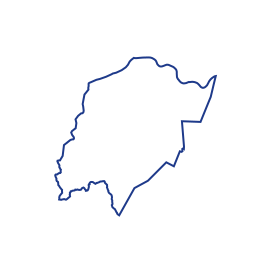 the district of Parnaguá, Piauí, Brazil, rotated 226°
{"feature_id": "56859067B27111272234018", "entity_name": "Parnaguá", "entity_type": "district", "adm_level": 2, "iso_a3": "BRA", "parent_name": "Brazil", "parent_adm1": "Piauí", "projection": "mercator", "projection_center": [-44.561, -10.311], "detail": "fine", "context": "isolated", "style": "outline", "palette": "blue", "viewbox_px": 256, "rotation_deg": 226, "n_neighbors": 0, "source": "geoboundaries", "source_scale": "gbopen_adm2", "svg_char_len": 3228}
<svg xmlns="http://www.w3.org/2000/svg" viewBox="0 0 256 256"><g transform="rotate(226 128 128)"><path d="M74.2,153.7L75.2,154.8L75.9,155.5L95.4,171.5L82.0,184.4L89.7,201.8L92.9,209.1L100.0,220.2L104.4,227.2L104.8,226.6L105.2,225.5L105.6,222.8L105.6,221.0L105.2,218.6L104.8,217.6L103.8,214.5L103.8,212.3L104.0,211.2L104.8,209.8L105.9,209.2L107.0,208.9L109.2,209.1L111.1,209.1L112.5,208.9L113.1,208.6L114.2,208.1L115.0,207.6L116.2,206.7L117.2,205.6L118.2,204.2L118.8,203.8L119.1,203.1L120.0,200.9L121.3,199.1L122.3,198.4L123.8,197.8L124.8,197.7L126.0,197.7L127.5,197.9L128.4,197.9L129.6,198.2L130.6,198.6L133.3,200.9L134.2,201.8L134.8,202.3L135.9,202.9L136.7,203.2L137.6,203.2L138.6,203.2L139.8,203.1L140.7,202.9L145.1,201.1L145.8,200.6L146.7,199.7L147.3,198.4L147.9,196.9L148.7,195.2L149.7,194.1L150.3,193.7L151.3,193.4L153.4,193.4L156.4,194.6L157.4,194.8L158.9,194.7L161.4,194.0L162.9,193.2L164.3,192.0L167.7,188.3L168.5,187.4L169.0,186.8L170.3,185.2L172.4,182.6L173.6,181.4L174.4,180.9L174.7,178.0L174.7,176.7L174.6,175.3L174.0,173.4L173.5,171.9L173.2,168.6L174.0,163.6L176.0,157.9L177.8,154.8L178.0,153.7L180.1,147.8L182.8,141.9L184.6,138.8L186.8,132.9L187.1,132.2L187.4,131.3L187.4,130.7L186.8,130.0L185.8,129.1L185.2,128.4L184.8,127.7L183.8,126.7L183.1,126.2L182.7,123.2L182.3,119.9L176.7,112.0L174.6,110.7L171.3,108.2L170.4,107.0L170.2,105.6L171.1,104.4L171.4,100.6L170.7,96.3L167.4,94.3L164.2,90.2L164.7,85.7L164.2,84.0L161.8,83.0L159.4,82.7L158.5,82.3L157.9,81.7L157.8,80.8L158.4,80.2L159.4,78.3L160.2,70.1L153.3,61.6L152.2,57.4L151.9,56.7L152.8,55.6L153.4,54.6L153.0,54.0L151.8,53.6L151.2,53.3L149.5,53.0L148.7,52.7L148.2,52.0L147.2,51.2L146.4,51.2L145.7,50.8L144.7,50.8L144.2,50.1L143.8,49.5L142.9,49.0L142.7,48.0L143.6,46.7L143.8,44.8L144.7,43.8L144.7,43.1L144.3,42.6L143.1,42.0L142.2,41.7L141.3,41.4L140.4,40.4L139.2,39.9L138.0,40.2L137.4,39.9L135.3,38.2L134.1,38.2L132.6,37.8L130.4,37.6L129.3,37.6L128.6,36.8L127.1,35.6L126.9,33.5L126.6,31.6L125.9,30.4L125.0,29.7L124.4,28.8L122.7,30.1L122.4,30.9L121.8,31.7L121.3,32.6L120.6,33.1L120.0,33.2L119.4,33.8L119.2,35.5L119.2,36.5L119.0,38.1L119.1,38.9L120.6,39.8L120.8,40.4L121.8,41.2L121.9,42.1L122.2,42.8L121.7,43.3L121.6,44.3L121.1,45.0L120.4,45.9L120.1,46.5L120.3,47.3L119.3,48.0L118.9,48.9L118.1,49.3L117.4,49.9L116.9,50.3L116.3,51.4L116.6,52.7L116.6,53.5L116.1,54.6L115.1,54.8L114.0,54.5L113.2,54.4L112.4,54.7L112.0,54.2L111.6,54.7L111.2,55.6L111.4,56.6L112.3,58.1L112.7,58.8L113.4,59.5L114.3,60.0L114.6,60.7L114.2,61.3L114.8,61.7L115.1,62.5L115.1,63.5L114.5,64.3L113.9,64.9L113.3,65.2L112.1,65.4L111.1,65.6L110.4,65.9L110.4,66.6L110.3,67.3L109.8,67.8L109.4,68.9L109.0,69.7L108.8,70.8L107.7,72.1L107.2,73.0L106.3,74.0L105.6,74.0L105.0,73.5L104.4,73.3L102.8,73.4L101.6,73.4L100.9,72.7L100.4,72.4L99.9,71.6L98.5,71.1L97.7,70.6L96.6,70.4L96.0,69.7L94.7,69.3L94.0,69.3L92.0,69.6L91.0,69.5L89.3,68.4L88.2,66.9L86.9,66.4L85.7,65.2L84.6,64.5L83.9,63.7L83.8,62.8L83.0,62.4L81.8,61.8L79.6,62.0L78.5,62.2L77.2,61.7L76.5,61.6L75.5,61.2L74.7,61.2L73.9,60.7L72.8,60.7L71.3,61.0L80.3,90.9L78.7,96.7L76.2,105.7L76.7,131.7L68.6,134.4L75.2,149.1L74.4,149.5L73.6,150.0L73.5,151.1L74.3,151.7L75.2,152.5L75.0,153.6L74.2,153.7Z" fill="none" stroke="#1e3a8a" stroke-width="2"/></g></svg>